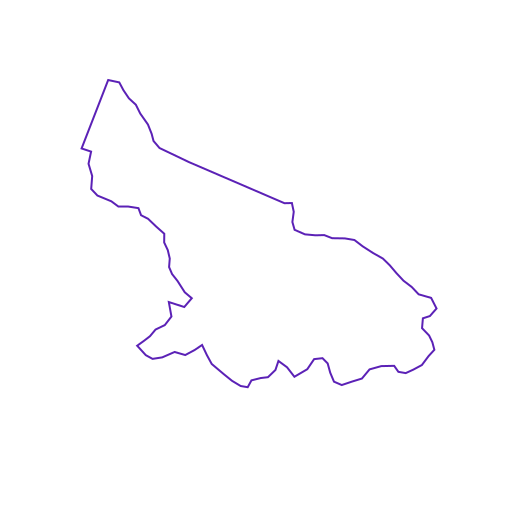 Arara, Paraíba, Brazil (Robinson projection), rotated 196°
{"feature_id": "56859067B48385151436783", "entity_name": "Arara", "entity_type": "district", "adm_level": 2, "iso_a3": "BRA", "parent_name": "Brazil", "parent_adm1": "Paraíba", "projection": "robinson", "projection_center": [-35.733, -6.862], "detail": "fine", "context": "isolated", "style": "outline", "palette": "violet", "viewbox_px": 512, "rotation_deg": 196, "n_neighbors": 0, "source": "geoboundaries", "source_scale": "gbopen_adm2", "svg_char_len": 1433}
<svg xmlns="http://www.w3.org/2000/svg" viewBox="0 0 512 512"><g transform="rotate(196 256 256)"><path d="M89.1,264.0L97.7,269.1L107.4,272.9L116.4,278.3L124.8,283.9L133.3,288.5L144.2,291.1L156.1,294.7L165.8,298.5L175.5,297.4L187.7,294.1L196.2,294.9L204.5,292.3L214.9,290.3L226.1,291.8L230.4,298.7L231.9,308.9L236.1,316.8L243.2,314.6L346.5,327.8L378.5,333.2L386.2,338.3L390.0,344.7L396.1,352.6L406.5,361.0L413.2,368.3L421.6,372.5L429.1,378.8L435.3,385.2L446.6,384.4L453.3,311.3L443.3,310.9L442.4,298.5L435.5,287.7L432.9,275.0L425.1,270.4L418.0,269.6L410.1,268.7L401.9,265.6L392.6,268.3L382.2,269.6L377.7,263.5L370.0,262.0L360.3,256.9L350.3,252.1L348.0,243.7L342.4,237.3L338.2,229.8L336.5,221.4L331.7,215.5L324.6,210.4L314.5,201.5L306.1,197.7L310.9,187.2L327.1,187.7L320.6,174.5L324.6,164.5L332.3,157.6L335.8,149.7L340.6,143.2L345.5,137.0L334.6,130.3L327.1,128.6L318.2,132.7L307.8,141.3L296.7,141.3L289.0,148.8L283.3,155.6L275.9,147.2L268.8,140.0L254.3,133.5L244.6,129.4L234.9,126.8L227.8,127.6L226.1,135.2L217.8,140.0L211.1,142.8L205.9,151.8L205.5,161.3L195.5,157.6L185.8,150.5L175.5,161.3L171.7,172.9L163.9,176.1L157.5,172.5L152.5,164.3L146.4,156.7L138.0,155.6L129.0,161.8L120.4,167.4L115.6,178.3L105.2,184.7L92.9,188.5L87.2,183.9L79.8,184.7L73.5,190.1L66.5,196.9L62.5,207.4L58.7,215.0L62.7,221.7L67.7,227.3L76.5,232.4L78.4,242.1L72.3,246.2L68.0,255.3L76.1,264.0L89.1,264.0Z" fill="none" stroke="#5b21b6" stroke-width="2"/></g></svg>